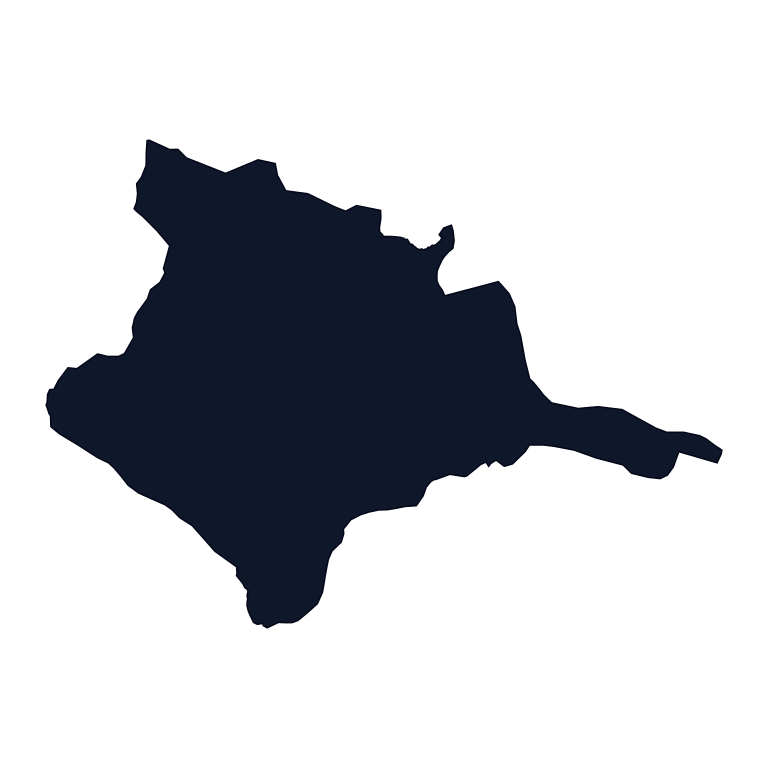 the district of Akko, Gombe, Nigeria
{"feature_id": "59680162B95139171035149", "entity_name": "Akko", "entity_type": "district", "adm_level": 2, "iso_a3": "NGA", "parent_name": "Nigeria", "parent_adm1": "Gombe", "projection": "albers", "projection_center": [11.094, 10.102], "detail": "fine", "context": "isolated", "style": "filled", "palette": "ink", "viewbox_px": 768, "rotation_deg": 0, "n_neighbors": 0, "source": "geoboundaries", "source_scale": "gbopen_adm2", "svg_char_len": 4225}
<svg xmlns="http://www.w3.org/2000/svg" viewBox="0 0 768 768"><path d="M263.2,625.6L267.1,627.8L278.5,622.4L286.1,622.7L292.2,622.6L297.9,620.5L303.9,615.6L308.6,611.6L317.4,603.7L322.4,592.5L323.7,585.3L325.0,577.2L325.4,574.7L327.1,565.5L328.4,559.2L332.0,551.0L341.3,542.0L343.7,533.9L343.4,529.0L347.6,523.8L348.0,523.2L350.8,519.7L355.6,517.3L360.6,514.7L368.6,512.1L379.0,509.9L380.5,509.9L387.5,509.7L397.0,508.1L405.4,506.4L412.1,506.0L416.3,505.7L423.1,495.9L426.3,487.0L430.7,481.7L433.6,479.8L436.1,479.3L449.9,474.3L458.8,475.7L461.8,476.2L464.5,476.6L466.6,475.9L466.8,475.9L480.8,464.4L486.0,462.1L488.7,466.3L491.0,463.3L496.1,460.1L504.3,466.3L512.5,463.9L525.1,451.6L529.5,445.0L543.7,445.0L553.6,446.2L574.3,450.1L596.3,458.0L600.6,459.1L623.2,465.0L631.4,473.2L648.2,477.3L660.2,478.6L667.4,475.1L673.3,467.0L678.8,451.7L717.1,462.8L721.2,454.0L721.9,450.1L714.8,445.5L706.2,439.0L699.9,435.8L683.8,432.3L666.7,432.3L655.6,428.1L634.4,416.4L622.1,409.6L598.0,406.7L578.2,408.5L551.5,402.9L547.9,399.4L546.7,398.2L543.3,394.9L539.4,389.7L533.9,383.1L533.5,382.6L529.7,378.9L525.1,360.5L520.6,335.7L516.8,323.9L514.7,306.5L509.1,293.7L498.4,281.6L459.5,291.9L444.7,295.8L442.4,290.4L439.0,285.6L437.0,281.3L436.9,275.6L437.2,270.8L439.0,266.4L442.2,259.6L445.0,255.7L448.7,251.7L452.9,248.3L453.4,244.9L454.1,241.0L454.1,240.4L453.8,237.8L453.6,235.8L453.2,232.0L453.1,231.0L451.4,225.2L443.7,228.0L439.1,234.7L441.3,237.2L441.4,237.4L442.4,237.4L442.4,237.9L441.7,237.9L441.6,238.3L441.5,238.7L441.3,239.0L440.9,239.6L440.5,240.4L440.3,240.7L440.1,240.8L439.6,241.3L438.9,242.0L438.6,242.3L438.0,242.8L437.4,243.3L436.8,243.7L436.6,244.4L434.9,245.1L433.8,245.4L433.1,245.4L432.5,245.2L431.6,245.6L430.6,246.9L430.6,247.3L430.1,247.6L429.6,247.7L429.1,247.2L428.5,247.1L427.9,247.5L427.5,247.8L427.4,248.1L427.6,248.5L427.3,248.8L426.6,248.8L426.4,248.8L426.2,249.0L426.0,249.6L425.7,249.7L425.4,249.7L425.1,249.5L424.9,249.3L424.7,249.3L424.6,249.6L424.3,249.8L423.8,249.7L423.5,249.6L423.3,249.6L423.0,249.6L422.8,249.5L422.3,249.2L422.0,249.0L421.8,248.9L421.0,249.3L420.7,249.3L420.4,249.3L420.2,249.8L420.0,249.7L419.6,249.5L419.3,249.7L418.9,249.4L418.4,249.2L418.0,249.0L417.7,248.9L417.2,248.8L416.8,248.8L416.6,248.5L416.4,248.1L416.1,248.0L415.9,247.6L415.3,247.5L415.0,247.3L415.2,247.0L414.9,246.8L414.5,247.0L414.3,247.0L413.7,246.5L413.8,246.1L413.7,245.6L413.4,245.3L413.2,245.4L413.0,245.7L412.7,245.5L412.3,245.6L412.2,245.4L412.3,244.5L412.0,244.3L411.9,244.2L411.7,244.1L411.3,244.4L411.1,244.5L410.6,244.6L410.3,244.4L409.7,243.2L408.7,241.7L408.3,241.0L407.5,239.7L407.3,239.4L404.0,239.2L403.7,239.2L403.7,238.1L401.6,238.0L401.4,237.9L401.2,237.5L401.0,237.4L396.4,236.9L391.9,236.5L388.2,236.5L383.0,236.4L382.8,235.5L382.5,234.6L381.8,233.9L380.3,232.6L380.0,232.2L379.6,231.1L379.6,230.0L379.4,227.8L380.3,222.0L380.8,218.4L380.8,215.7L380.7,213.0L380.6,211.6L380.6,210.4L356.5,205.6L345.6,211.2L340.8,209.3L334.1,206.6L307.9,193.8L285.8,190.8L277.4,175.3L275.2,163.6L258.1,159.8L225.5,173.4L186.3,157.9L177.9,149.4L169.6,149.5L149.1,140.2L147.1,140.6L146.9,143.1L146.3,152.2L146.3,152.5L146.1,165.5L141.5,177.2L136.6,183.8L137.6,193.6L136.6,202.2L134.1,208.7L136.5,211.3L143.0,216.6L157.0,230.7L164.0,238.9L169.7,245.7L163.5,268.5L164.9,272.3L165.0,272.8L160.1,282.3L150.5,289.8L147.5,298.8L143.1,304.9L137.8,312.1L134.6,318.0L133.1,324.8L132.4,327.6L133.6,337.7L124.4,353.7L118.6,356.4L107.5,356.4L97.6,354.0L76.9,368.7L68.0,367.8L64.0,373.1L58.3,380.6L58.0,381.3L57.2,382.8L54.0,389.2L49.7,389.7L47.6,394.4L47.1,402.9L46.1,404.9L49.4,414.3L49.5,414.5L50.5,415.4L50.9,426.7L56.6,431.4L59.2,433.6L69.3,439.7L78.4,445.2L88.0,451.4L88.4,451.7L98.0,457.8L107.8,462.5L108.8,463.0L114.0,467.9L120.6,475.6L128.2,485.3L138.6,493.0L152.0,499.0L165.3,504.9L170.1,508.3L172.0,509.7L179.6,517.5L181.4,518.7L186.4,521.9L192.2,525.6L195.3,529.1L204.2,539.1L214.9,551.3L235.7,566.2L236.9,567.3L236.8,568.4L236.7,568.9L236.9,571.1L237.0,573.8L236.5,575.6L242.8,583.5L244.7,587.5L247.1,589.2L248.1,590.8L247.4,593.8L247.1,596.4L247.7,598.7L247.2,601.7L247.0,605.4L248.2,610.7L249.8,614.6L253.5,622.4L257.2,624.3L262.9,623.5L263.2,625.6Z" fill="#0f172a" stroke="#020617" stroke-width="1.5"/></svg>